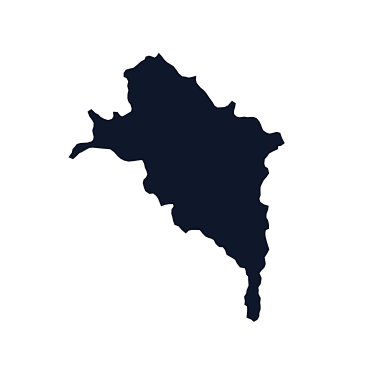 Aricanduva, Minas Gerais, Brazil, rotated 160°
{"feature_id": "56859067B1049377795144", "entity_name": "Aricanduva", "entity_type": "district", "adm_level": 2, "iso_a3": "BRA", "parent_name": "Brazil", "parent_adm1": "Minas Gerais", "projection": "albers", "projection_center": [-42.597, -17.855], "detail": "fine", "context": "isolated", "style": "filled", "palette": "ink", "viewbox_px": 384, "rotation_deg": 160, "n_neighbors": 0, "source": "geoboundaries", "source_scale": "gbopen_adm2", "svg_char_len": 3021}
<svg xmlns="http://www.w3.org/2000/svg" viewBox="0 0 384 384"><g transform="rotate(160 192 192)"><path d="M182.8,55.5L179.4,52.4L177.9,49.7L174.5,50.3L172.1,52.4L170.7,55.6L168.3,58.7L167.2,61.6L166.6,64.7L164.5,68.8L165.1,73.8L163.6,77.0L163.0,80.1L159.5,82.5L156.8,87.4L157.1,93.1L154.1,95.0L150.3,96.8L148.0,99.5L147.3,103.2L146.8,106.1L142.6,109.3L139.7,112.0L139.6,116.3L139.2,121.8L138.7,125.7L137.8,128.8L136.1,131.6L132.7,131.9L131.4,135.7L131.0,139.5L131.6,142.6L130.1,146.4L127.4,149.4L125.6,152.6L129.2,155.2L132.0,159.1L131.7,163.0L129.2,165.9L127.7,170.8L126.3,173.9L123.8,176.5L120.9,179.2L117.5,181.0L113.8,183.6L113.3,188.1L115.4,190.9L115.0,194.5L112.9,198.5L109.4,200.4L106.7,202.5L102.6,203.1L97.0,203.6L96.0,206.4L92.6,205.7L89.0,206.7L89.7,211.7L89.6,217.0L92.1,218.8L95.3,219.1L99.6,219.6L102.5,222.1L104.6,225.2L105.0,228.3L104.9,231.7L105.3,235.1L106.5,238.6L108.7,240.7L111.8,241.8L114.5,242.6L117.4,244.2L122.2,245.3L124.9,247.2L126.6,250.7L125.5,254.2L123.2,257.2L121.4,260.3L123.5,263.1L128.2,260.4L132.3,259.9L135.9,260.9L139.7,262.1L141.9,265.1L142.7,269.4L143.7,272.9L144.5,275.8L145.3,279.2L146.6,282.9L148.8,286.7L150.0,289.7L151.0,292.8L150.7,296.2L149.4,299.1L153.0,299.4L156.3,299.9L159.2,302.0L162.2,303.5L164.4,307.3L165.5,311.4L166.9,316.0L169.3,319.1L171.8,322.2L173.4,325.6L174.6,329.6L176.0,333.0L178.6,331.0L181.5,330.3L183.7,332.4L186.0,334.1L188.9,334.3L190.9,332.0L195.1,331.4L199.7,329.6L204.3,328.0L208.7,328.5L212.0,328.8L214.8,326.9L216.0,323.8L213.9,321.7L213.3,317.6L215.9,313.6L216.2,309.2L218.4,305.8L220.0,301.8L220.1,298.2L219.1,295.4L219.5,290.5L221.3,287.9L224.3,287.3L228.7,286.5L232.1,286.1L234.1,288.3L235.2,292.1L238.3,293.4L239.2,289.7L241.9,287.3L246.5,287.5L250.3,290.5L252.9,293.6L254.1,296.4L256.5,299.1L258.6,303.5L261.9,302.7L261.9,298.3L260.6,294.0L260.0,290.4L261.6,286.7L263.9,283.8L264.4,280.8L264.8,277.4L266.4,274.4L268.9,273.2L273.3,273.4L277.0,274.5L280.4,275.5L283.7,275.7L286.1,274.1L289.0,272.6L291.0,269.5L295.0,266.8L292.4,264.4L288.6,265.9L284.9,267.7L281.7,267.9L278.6,268.5L273.3,269.3L270.0,268.4L267.4,267.2L264.7,265.9L260.8,264.0L257.0,262.3L253.7,260.7L250.8,256.2L248.9,251.2L247.1,248.1L244.5,245.3L240.8,242.9L236.3,241.8L232.7,241.0L229.8,240.5L227.1,239.5L226.6,235.1L227.2,230.9L226.9,227.3L227.2,223.6L229.6,221.0L232.9,219.5L234.5,217.0L234.9,212.9L234.9,209.2L232.4,205.5L228.4,204.5L226.3,200.8L225.4,197.2L225.3,193.3L225.2,189.9L221.7,189.9L217.6,189.2L213.3,187.8L213.3,184.5L216.5,182.3L218.1,178.7L218.4,174.4L218.9,171.5L218.9,167.4L215.8,164.9L214.1,160.5L211.7,156.1L208.6,157.5L205.4,157.3L201.0,155.7L197.1,154.2L195.7,149.8L194.1,146.3L191.9,144.0L189.4,142.2L187.3,139.8L186.8,135.4L184.8,131.6L181.4,130.2L180.1,126.5L180.2,121.4L177.0,117.7L174.0,113.9L173.5,109.6L172.2,105.3L167.9,102.9L167.7,99.6L168.6,96.2L167.4,93.3L168.7,89.5L170.1,84.4L173.5,80.8L175.2,77.7L178.2,75.4L178.9,71.1L180.4,68.3L178.6,65.9L179.6,62.5L181.1,59.0L182.8,55.5Z" fill="#0f172a" stroke="#020617" stroke-width="1.5"/></g></svg>